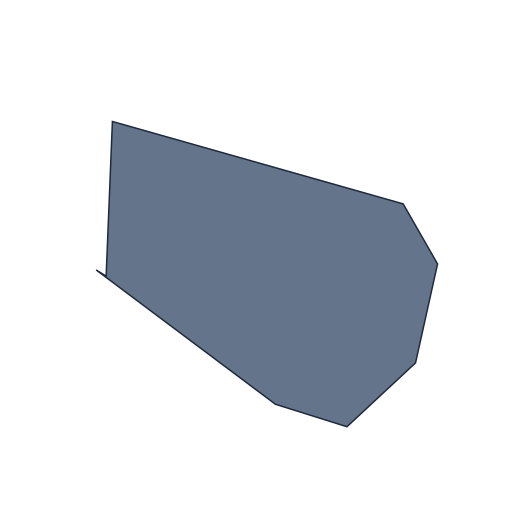 an SVG outline of Saint Mark, rotated 300°
{"feature_id": "DMA-1438", "entity_name": "Saint Mark", "entity_type": "Parish", "adm_level": 1, "iso_a3": "DMA", "parent_name": "Dominica", "parent_adm1": "", "projection": "robinson", "projection_center": [-61.362, 15.223], "detail": "fine", "context": "isolated", "style": "filled", "palette": "slate", "viewbox_px": 512, "rotation_deg": 300, "n_neighbors": 0, "source": "natural_earth", "source_scale": "10m", "svg_char_len": 278}
<svg xmlns="http://www.w3.org/2000/svg" viewBox="0 0 512 512"><g transform="rotate(300 256 256)"><path d="M374.7,357.4L339.9,417.2L243.2,447.6L153.6,420.1L137.3,347.0L164.0,124.5L163.6,136.3L300.7,64.4L374.7,357.4Z" fill="#64748b" stroke="#1e293b" stroke-width="1.5"/></g></svg>